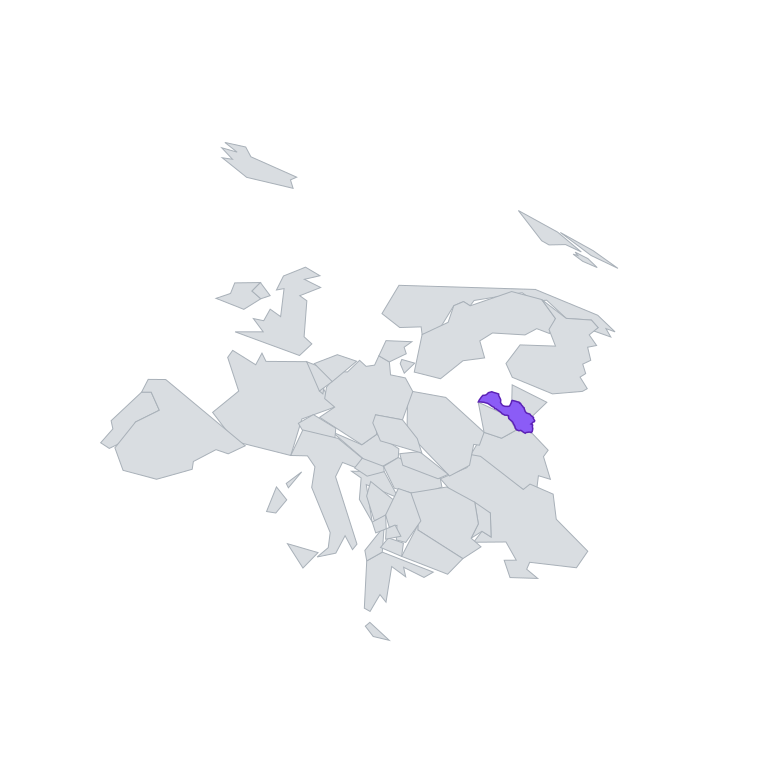 Latvia on a map of Europe (Equal Earth projection), rotated 31°
{"feature_id": "LVA", "entity_name": "Latvia", "entity_type": "country or territory", "adm_level": 0, "iso_a3": "LVA", "parent_name": "Europe", "parent_adm1": "", "projection": "equal_earth", "projection_center": [25.364, 56.865], "detail": "fine", "context": "in_parent", "style": "filled", "palette": "violet", "viewbox_px": 768, "rotation_deg": 31, "n_neighbors": 37, "source": "natural_earth", "source_scale": "50m", "svg_char_len": 9097}
<svg xmlns="http://www.w3.org/2000/svg" viewBox="0 0 768 768"><g transform="rotate(31 384 384)"><path d="M409.8,166.1L454.5,164.4L485.1,169.2L467.8,171.0L453.8,179.8L445.4,180.0L409.8,166.1ZM554.2,226.9L535.5,230.7L538.5,225.4L528.8,222.4L506.4,233.9L480.3,228.4L469.6,235.8L455.4,234.6L418.2,266.0L417.6,272.6L409.7,272.4L403.5,280.9L403.2,309.5L391.2,322.0L386.4,315.9L368.4,327.5L346.0,324.7L346.0,291.7L465.1,225.0L531.8,215.0L555.2,220.3L545.7,222.2L554.2,226.9ZM525.0,164.4L495.3,167.2L457.1,163.3L494.7,162.0L525.0,164.4ZM506.8,174.4L491.3,176.5L479.2,175.3L484.0,174.0L479.9,172.5L494.2,171.5L506.8,174.4Z" fill="#d9dde1" stroke="#a8b0b8" stroke-width="1"/><path d="M306.2,404.7L353.6,429.2L331.6,456.3L340.9,493.3L285.6,510.1L251.7,496.6L263.1,464.9L236.3,441.7L237.0,433.1L264.1,433.6L263.5,420.4L271.2,425.4L306.2,404.7ZM351.4,519.6L358.7,501.7L355.5,522.2L351.4,519.6Z" fill="#d9dde1" stroke="#a8b0b8" stroke-width="1"/><path d="M391.2,322.0L407.2,298.1L403.5,280.9L409.7,272.4L417.6,272.6L445.8,239.0L475.7,230.4L497.3,239.6L499.8,255.5L486.4,257.9L479.6,269.3L450.7,284.4L443.9,297.7L456.8,309.8L439.7,323.4L429.7,350.4L403.8,358.2L391.2,322.0Z" fill="#d9dde1" stroke="#a8b0b8" stroke-width="1"/><path d="M535.3,349.7L558.8,356.2L558.1,364.1L575.7,380.0L563.6,383.1L568.4,393.9L557.7,402.7L494.8,399.8L494.7,373.9L512.7,369.9L521.0,355.5L535.3,349.7Z" fill="#d9dde1" stroke="#a8b0b8" stroke-width="1"/><path d="M601.7,469.3L615.9,471.5L591.7,485.0L577.8,473.2L588.1,466.9L569.9,456.6L542.3,473.5L543.8,459.8L554.6,460.0L541.6,439.8L506.6,444.3L481.1,436.2L498.2,412.9L494.8,399.8L504.0,396.3L557.7,402.7L560.7,394.6L585.7,391.3L601.3,411.2L644.8,422.4L643.6,442.4L600.7,461.8L601.7,469.3Z" fill="#d9dde1" stroke="#a8b0b8" stroke-width="1"/><path d="M494.7,373.9L497.3,387.3L492.0,389.6L499.2,409.7L487.6,429.1L428.3,413.0L411.5,384.1L412.5,375.6L443.9,363.7L494.7,373.9Z" fill="#d9dde1" stroke="#a8b0b8" stroke-width="1"/><path d="M434.1,439.7L424.3,456.8L411.2,459.9L364.0,451.8L396.3,447.5L403.6,430.9L430.1,431.9L434.1,439.7Z" fill="#d9dde1" stroke="#a8b0b8" stroke-width="1"/><path d="M481.1,436.2L486.8,442.6L470.7,461.3L446.5,468.0L426.1,454.8L434.1,439.7L481.1,436.2Z" fill="#d9dde1" stroke="#a8b0b8" stroke-width="1"/><path d="M522.7,438.6L541.6,439.8L554.6,460.0L543.8,459.8L538.1,471.3L536.9,455.3L522.7,438.6Z" fill="#d9dde1" stroke="#a8b0b8" stroke-width="1"/><path d="M538.1,471.3L551.0,473.6L541.5,493.1L488.2,491.7L463.2,463.5L490.8,440.0L522.7,438.6L536.9,455.3L538.1,471.3Z" fill="#d9dde1" stroke="#a8b0b8" stroke-width="1"/><path d="M521.0,355.5L512.7,369.9L494.7,373.9L474.2,351.1L506.9,347.5L521.0,355.5Z" fill="#d9dde1" stroke="#a8b0b8" stroke-width="1"/><path d="M533.0,315.8L527.5,336.1L502.3,332.8L494.3,318.7L533.0,315.8Z" fill="#d9dde1" stroke="#a8b0b8" stroke-width="1"/><path d="M412.5,375.6L418.3,405.2L392.6,414.8L403.6,430.9L396.3,447.5L346.0,445.7L353.6,429.2L340.7,427.1L336.4,416.4L338.4,396.7L346.5,392.5L350.9,376.3L359.6,378.1L366.2,372.7L365.1,362.5L377.2,362.3L384.9,372.8L399.2,367.8L412.5,375.6Z" fill="#d9dde1" stroke="#a8b0b8" stroke-width="1"/><path d="M485.6,486.6L488.2,491.7L541.5,493.1L536.5,514.3L487.9,522.7L485.6,486.6Z" fill="#d9dde1" stroke="#a8b0b8" stroke-width="1"/><path d="M520.5,601.0L504.8,606.0L492.7,601.2L494.6,595.6L520.5,601.0ZM469.1,529.0L523.1,519.9L517.9,529.2L495.2,531.0L501.9,538.1L484.6,536.5L498.1,570.0L489.0,566.6L489.2,586.1L482.6,586.3L460.3,544.5L469.1,529.0Z" fill="#d9dde1" stroke="#a8b0b8" stroke-width="1"/><path d="M469.1,529.0L460.3,544.5L453.3,536.5L457.4,505.8L469.1,529.0Z" fill="#d9dde1" stroke="#a8b0b8" stroke-width="1"/><path d="M429.3,459.0L455.1,474.3L420.6,479.4L445.0,508.4L422.3,495.6L412.8,476.3L401.1,475.5L429.3,459.0Z" fill="#d9dde1" stroke="#a8b0b8" stroke-width="1"/><path d="M365.5,446.8L371.5,459.2L341.9,467.8L330.8,461.8L339.2,446.6L365.5,446.8Z" fill="#d9dde1" stroke="#a8b0b8" stroke-width="1"/><path d="M333.9,416.8L336.7,424.0L332.2,423.3L333.9,416.8Z" fill="#d9dde1" stroke="#a8b0b8" stroke-width="1"/><path d="M338.4,408.6L332.2,423.3L306.2,404.7L328.7,401.0L338.4,408.6Z" fill="#d9dde1" stroke="#a8b0b8" stroke-width="1"/><path d="M348.8,378.6L338.4,408.6L313.7,402.4L328.9,382.9L348.8,378.6Z" fill="#d9dde1" stroke="#a8b0b8" stroke-width="1"/><path d="M180.4,515.9L188.7,510.9L204.9,522.2L190.6,544.5L192.2,564.5L181.7,580.7L171.4,580.3L174.7,562.1L169.0,556.0L180.4,515.9Z" fill="#d9dde1" stroke="#a8b0b8" stroke-width="1"/><path d="M186.2,577.3L190.6,544.5L204.9,522.2L188.7,510.9L180.4,515.9L179.5,501.5L194.6,492.6L296.9,508.4L286.4,524.1L273.8,526.8L260.5,548.6L263.5,555.9L238.1,582.8L204.8,592.4L186.2,577.3Z" fill="#d9dde1" stroke="#a8b0b8" stroke-width="1"/><path d="M234.5,374.4L225.4,392.2L195.9,397.1L205.8,385.4L204.0,374.2L225.8,360.7L223.0,372.3L234.5,374.4Z" fill="#d9dde1" stroke="#a8b0b8" stroke-width="1"/><path d="M372.7,454.3L403.6,458.9L404.1,470.0L388.8,472.6L390.2,488.4L443.3,535.2L442.3,542.2L428.8,534.1L429.8,553.8L415.8,566.7L420.5,553.0L414.4,539.1L375.3,509.9L367.4,490.5L355.4,485.0L340.9,493.3L338.1,465.2L372.7,454.3ZM383.5,570.6L414.3,562.5L409.3,583.5L383.5,570.6ZM344.8,527.6L360.3,533.4L357.7,550.3L349.0,553.8L344.8,527.6Z" fill="#d9dde1" stroke="#a8b0b8" stroke-width="1"/><path d="M377.2,362.3L365.1,362.5L363.4,345.8L386.1,333.4L382.3,342.1L387.5,346.6L377.2,362.3ZM399.6,350.3L395.8,364.3L387.4,358.2L386.6,353.8L399.6,350.3Z" fill="#d9dde1" stroke="#a8b0b8" stroke-width="1"/><path d="M234.5,374.4L223.0,372.3L225.8,360.7L240.9,366.9L234.5,374.4ZM260.7,379.5L249.2,353.7L243.4,358.8L242.2,343.2L256.5,324.3L273.3,324.2L261.8,335.3L280.0,333.9L266.3,351.7L275.0,352.4L291.2,384.7L301.5,386.8L296.9,403.1L229.5,416.0L253.6,401.5L238.3,395.2L248.3,391.7L247.9,378.5L260.7,379.5Z" fill="#d9dde1" stroke="#a8b0b8" stroke-width="1"/><path d="M202.6,251.7L198.7,257.2L205.3,263.1L159.8,277.6L128.8,273.4L138.4,269.4L123.2,265.1L138.7,260.9L123.2,258.9L143.4,252.1L152.9,257.8L202.6,251.7Z" fill="#d9dde1" stroke="#a8b0b8" stroke-width="1"/><path d="M403.6,458.9L426.1,454.8L429.3,459.0L417.0,471.7L402.0,471.1L403.6,458.9Z" fill="#d9dde1" stroke="#a8b0b8" stroke-width="1"/><path d="M538.5,225.4L534.6,236.2L546.4,241.5L539.6,247.6L549.0,257.2L544.1,264.6L551.5,271.2L548.5,277.1L560.6,283.3L557.9,288.1L533.5,305.7L490.5,312.2L478.0,303.6L480.5,280.4L511.5,263.2L497.3,252.2L497.3,239.6L475.7,230.4L506.4,233.9L528.8,222.4L538.5,225.4Z" fill="#d9dde1" stroke="#a8b0b8" stroke-width="1"/><path d="M485.6,428.4L479.1,437.4L442.0,444.0L433.4,435.6L449.3,423.7L485.6,428.4Z" fill="#d9dde1" stroke="#a8b0b8" stroke-width="1"/><path d="M418.3,405.2L440.7,413.7L452.0,423.7L410.2,434.6L394.4,423.1L392.6,414.8L418.3,405.2Z" fill="#d9dde1" stroke="#a8b0b8" stroke-width="1"/><path d="M446.1,506.2L426.8,489.0L422.8,474.4L454.7,478.9L455.0,494.8L446.1,506.2Z" fill="#d9dde1" stroke="#a8b0b8" stroke-width="1"/><path d="M482.6,510.4L487.9,522.7L465.2,525.9L467.0,513.7L482.6,510.4Z" fill="#d9dde1" stroke="#a8b0b8" stroke-width="1"/><path d="M450.1,466.2L463.2,463.5L486.1,482.4L484.2,508.6L474.9,511.3L467.9,498.5L462.4,504.2L452.8,495.4L450.1,466.2Z" fill="#d9dde1" stroke="#a8b0b8" stroke-width="1"/><path d="M460.5,507.0L453.6,515.9L445.0,508.4L452.8,495.4L460.5,507.0Z" fill="#d9dde1" stroke="#a8b0b8" stroke-width="1"/><path d="M465.3,516.2L460.5,507.0L466.1,499.2L476.9,505.8L465.3,516.2Z" fill="#d9dde1" stroke="#a8b0b8" stroke-width="1"/><path d="M521.8,355.0L521.4,354.9L520.1,354.6L519.1,354.1L518.5,353.4L517.4,352.5L516.7,352.1L515.6,351.5L513.8,350.3L513.1,350.1L509.9,349.6L508.7,349.3L507.6,348.0L507.3,347.3L506.7,347.1L506.1,347.3L505.5,347.4L504.0,348.3L503.6,348.5L502.7,348.5L500.5,348.7L499.6,348.3L497.9,348.0L497.0,347.9L496.2,347.9L492.6,347.6L492.0,348.0L491.3,348.0L490.7,347.4L489.9,347.3L489.0,347.5L487.4,347.5L485.5,347.3L483.1,347.2L482.8,347.2L480.1,348.0L479.4,348.1L476.4,349.5L474.1,350.7L473.9,348.7L474.2,344.8L474.6,342.8L476.2,341.7L477.0,340.8L477.5,339.6L477.7,338.5L478.0,337.6L480.4,335.1L482.2,334.8L484.7,334.1L487.4,333.5L487.9,334.2L488.2,334.8L491.5,336.9L492.3,337.6L493.5,340.0L496.6,341.3L499.0,340.9L500.1,340.3L502.0,339.2L502.9,338.4L503.0,337.6L502.7,334.3L502.2,332.9L502.4,332.0L502.7,332.0L503.6,331.6L506.2,330.8L506.8,330.8L507.4,330.6L509.1,330.0L509.6,330.3L510.1,330.7L510.3,330.7L510.4,330.3L510.5,330.2L511.0,330.3L512.9,331.3L513.7,331.5L514.2,331.6L514.8,332.0L516.5,332.3L516.7,332.6L516.8,332.9L518.4,334.1L519.1,334.8L520.5,335.3L521.1,335.5L523.5,334.9L524.2,334.7L524.8,334.7L525.3,335.0L526.6,335.4L527.8,335.5L528.0,335.5L529.0,335.6L529.4,335.7L529.6,336.5L530.8,337.2L531.9,337.7L532.1,337.9L532.2,338.4L532.2,339.0L531.6,339.6L531.2,340.4L531.2,341.2L530.6,342.6L532.0,342.4L532.4,342.5L532.7,342.8L532.8,343.7L533.2,344.1L533.7,344.7L533.8,345.1L534.6,345.7L534.7,346.1L535.2,347.4L535.4,348.1L535.5,348.7L535.3,349.4L535.1,349.9L534.8,349.9L534.1,350.0L533.0,350.6L531.2,352.1L530.8,352.4L530.4,353.5L529.2,353.5L528.0,353.5L525.7,353.2L524.9,353.4L523.8,354.5L523.3,354.7L522.0,354.8L521.8,355.0Z" fill="#8b5cf6" stroke="#5b21b6" stroke-width="1.5"/></g></svg>